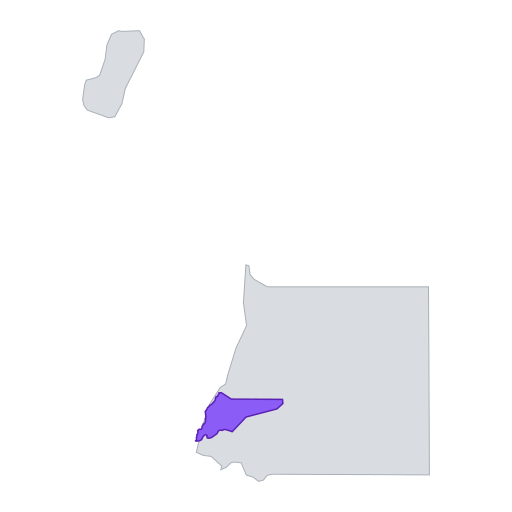 location of Bitica, Litoral, Equatorial Guinea
{"feature_id": "11065452B13026737962858", "entity_name": "Bitica", "entity_type": "district", "adm_level": 2, "iso_a3": "GNQ", "parent_name": "Equatorial Guinea", "parent_adm1": "Litoral", "projection": "equal_earth", "projection_center": [9.489, 1.359], "detail": "fine", "context": "in_parent", "style": "filled", "palette": "violet", "viewbox_px": 512, "rotation_deg": 0, "n_neighbors": 0, "source": "geoboundaries", "source_scale": "gbopen_adm2", "svg_char_len": 4901}
<svg xmlns="http://www.w3.org/2000/svg" viewBox="0 0 512 512"><path d="M428.5,286.8L428.7,324.1L428.9,355.6L429.0,389.7L429.2,425.3L429.3,455.4L429.4,474.9L404.9,474.8L372.4,474.6L339.9,474.5L307.4,474.4L291.1,474.3L273.1,474.2L267.3,475.2L263.4,480.1L258.6,481.3L253.0,477.1L246.3,475.1L244.5,470.7L241.1,462.8L234.4,462.0L231.0,462.8L226.2,467.3L220.8,469.7L221.8,466.1L211.1,456.4L203.4,455.4L196.3,452.4L202.1,427.1L209.3,404.7L220.0,387.8L225.7,383.8L227.6,375.4L236.1,347.8L246.6,325.5L243.4,302.8L245.9,264.8L248.9,265.8L249.4,269.4L250.2,274.8L254.2,279.4L267.3,286.8L306.4,286.8L329.7,286.8L364.3,286.8L400.8,286.8L428.5,286.8ZM118.6,30.7L121.6,31.4L139.5,30.7L144.3,39.2L143.8,51.8L125.4,88.3L121.9,103.7L114.8,116.8L108.7,117.8L87.5,110.2L83.9,105.5L82.6,99.3L84.7,84.7L86.2,80.2L96.4,77.5L99.7,75.1L105.1,59.4L106.9,45.1L111.5,34.3L118.6,30.7Z" fill="#d9dde1" stroke="#a8b0b8" stroke-width="1"/><path d="M282.5,399.4L269.7,399.3L264.2,399.3L252.6,399.2L252.3,399.2L231.3,399.1L223.9,394.3L221.4,392.7L219.0,392.8L219.0,393.1L218.9,393.5L218.8,393.8L218.7,394.2L218.6,394.3L218.4,394.3L218.3,394.5L218.2,394.8L218.1,395.0L218.0,395.4L217.9,395.5L217.7,395.9L217.7,396.1L217.5,396.3L217.5,396.5L217.3,396.6L217.2,396.6L216.9,396.6L216.6,396.6L216.3,396.8L216.2,396.7L216.1,396.8L216.0,397.0L215.9,397.1L215.8,397.3L215.7,397.4L215.7,397.6L215.6,397.8L215.6,398.1L215.5,398.3L215.5,398.5L215.4,398.7L215.4,398.8L215.4,399.0L215.3,399.3L215.3,399.6L215.3,399.9L215.2,400.1L215.1,400.4L215.0,400.5L214.9,400.7L214.7,400.9L214.6,401.0L214.3,401.4L214.3,401.5L214.2,401.6L214.1,401.8L213.9,401.9L213.8,402.0L213.6,402.1L213.4,402.2L213.3,402.3L213.2,402.4L213.1,402.6L213.0,402.8L212.9,402.9L212.8,403.1L212.7,403.2L212.7,403.3L212.5,403.6L212.4,403.7L212.2,403.9L211.9,404.0L211.7,404.2L211.6,404.3L211.4,404.4L211.3,404.5L211.1,404.5L210.9,404.7L210.7,404.8L210.4,405.0L210.2,405.1L209.9,405.2L209.8,405.3L209.7,405.3L209.5,405.5L209.4,405.7L209.4,405.9L209.3,406.1L209.2,406.2L209.1,406.3L209.0,406.5L208.9,406.6L208.6,406.9L208.5,407.0L208.3,407.1L208.2,407.2L208.0,407.3L207.9,407.3L207.7,407.4L207.6,407.6L207.5,407.8L207.4,408.0L207.2,408.4L207.2,408.6L207.0,408.9L207.0,409.0L206.9,409.3L206.7,409.6L206.6,409.8L206.5,410.0L206.4,410.1L206.2,410.3L206.1,410.5L205.9,410.7L205.7,410.7L205.6,410.8L205.6,411.0L205.5,411.3L205.4,411.5L205.2,411.8L205.2,412.0L205.3,412.2L205.3,412.4L205.4,412.6L205.4,412.8L205.4,413.0L205.5,413.3L205.5,413.5L205.6,413.8L205.7,414.0L205.6,414.3L205.6,414.5L205.7,414.8L205.7,415.0L205.7,415.3L205.7,415.5L205.8,415.9L205.8,416.0L205.8,416.4L205.8,416.6L205.8,416.8L205.9,417.1L205.8,417.3L205.8,417.5L205.8,417.8L205.8,418.0L205.7,418.1L205.7,418.3L205.5,418.5L205.5,419.0L205.5,419.4L205.5,419.6L205.5,419.9L205.5,420.2L205.5,420.4L205.5,420.6L205.6,421.0L205.5,421.4L205.4,421.6L205.4,421.9L205.3,422.2L205.2,422.4L205.1,422.6L205.0,422.8L204.8,423.1L204.7,423.3L204.6,423.5L204.4,423.8L204.1,423.9L204.0,424.0L203.8,424.0L203.6,424.0L203.4,424.0L203.2,424.1L203.2,424.4L203.2,424.5L203.1,424.8L203.0,425.1L202.9,425.3L202.8,425.5L202.7,425.7L202.5,425.8L202.4,425.9L202.3,426.0L202.2,426.1L202.2,426.3L202.2,426.6L202.1,426.9L202.1,427.0L202.1,427.3L202.0,427.6L202.0,427.8L201.9,428.1L201.8,428.3L201.7,428.6L201.6,428.8L201.5,429.0L201.4,429.1L201.2,429.1L200.9,429.3L200.6,429.4L200.4,429.3L200.1,429.2L199.9,429.2L199.7,429.2L199.4,429.2L199.2,429.2L199.0,429.3L198.9,429.4L198.9,429.6L198.7,429.7L198.5,429.8L198.4,429.8L198.3,430.2L198.3,430.3L198.2,430.4L198.1,430.5L197.8,430.5L197.7,430.6L197.8,430.9L197.8,431.1L197.8,431.3L197.9,431.5L198.0,431.9L198.0,432.0L198.0,432.4L197.9,432.5L197.8,432.8L197.8,433.1L197.7,433.3L197.7,433.5L197.6,433.8L197.4,434.0L197.2,434.3L197.0,434.5L196.9,434.6L196.9,434.8L196.9,435.0L196.9,435.4L196.9,435.6L196.9,435.8L196.9,436.1L196.8,436.3L196.8,436.5L196.6,437.0L196.5,437.4L196.5,437.5L196.4,437.6L196.4,437.8L196.4,438.0L196.5,438.2L196.5,438.5L196.5,438.8L196.5,439.2L196.5,439.5L196.4,439.9L196.4,440.0L196.2,440.3L195.8,440.5L195.6,440.6L195.6,440.8L196.0,441.1L196.4,441.1L196.7,441.2L197.3,440.9L197.7,440.9L198.1,440.9L198.9,441.0L199.9,440.6L200.4,440.2L201.2,440.0L201.7,439.4L202.2,438.4L202.6,437.5L203.2,436.5L203.9,435.7L204.8,435.0L205.5,434.7L206.0,434.8L206.5,435.1L207.1,435.7L207.1,435.8L207.0,436.0L206.9,436.2L206.9,436.5L207.0,436.7L207.0,437.0L207.0,437.3L207.2,437.6L207.3,437.8L207.4,438.0L207.5,438.0L207.8,438.0L208.0,438.0L208.3,438.2L208.6,438.2L208.9,438.1L209.1,438.1L209.3,438.1L209.6,438.0L211.0,437.8L212.1,437.0L213.2,436.5L214.3,435.5L215.7,434.7L216.6,433.9L217.2,433.3L217.6,432.6L218.4,431.1L219.2,430.4L220.3,430.1L220.9,430.1L221.5,430.4L221.9,430.4L222.5,430.4L223.3,429.8L224.2,429.5L225.7,429.6L229.4,430.7L232.2,431.7L246.1,417.0L252.9,415.2L253.0,415.2L269.7,410.8L277.0,408.9L282.9,403.5L282.5,399.4Z" fill="#8b5cf6" stroke="#5b21b6" stroke-width="1.5"/></svg>